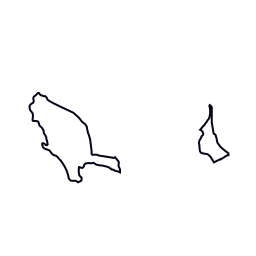 the district of Miri, Sarawak, Malaysia, rotated 144°
{"feature_id": "92858781B82463401188704", "entity_name": "Miri", "entity_type": "district", "adm_level": 2, "iso_a3": "MYS", "parent_name": "Malaysia", "parent_adm1": "Sarawak", "projection": "natural_earth1", "projection_center": [115.075, 3.792], "detail": "fine", "context": "isolated", "style": "outline", "palette": "ink", "viewbox_px": 256, "rotation_deg": 144, "n_neighbors": 0, "source": "geoboundaries", "source_scale": "gbopen_adm2", "svg_char_len": 3574}
<svg xmlns="http://www.w3.org/2000/svg" viewBox="0 0 256 256"><g transform="rotate(144 128 128)"><path d="M196.6,112.9L196.4,113.1L196.1,113.6L194.8,114.8L194.8,115.7L195.2,117.6L195.1,118.8L194.5,119.6L193.4,122.1L192.6,122.7L192.1,123.4L191.6,124.2L190.8,125.1L190.2,125.0L189.9,124.5L189.4,123.5L188.8,122.9L188.3,122.5L186.9,122.7L186.0,123.1L185.4,123.6L184.3,124.2L182.8,124.1L180.6,122.8L179.7,122.2L178.5,121.0L177.8,120.7L176.7,120.3L176.2,119.9L175.9,119.0L175.6,117.8L175.2,117.0L174.7,116.4L172.9,114.6L172.1,113.7L170.9,112.8L170.1,111.9L169.5,111.1L168.4,109.9L166.7,107.5L166.3,106.5L165.9,105.2L165.7,104.2L164.9,103.5L164.4,102.9L164.0,102.2L163.8,101.3L163.6,100.8L162.5,99.8L162.0,99.2L161.7,98.7L160.6,96.8L159.9,97.7L159.0,98.9L158.6,99.8L158.4,101.1L158.1,102.5L157.5,103.5L156.5,104.6L155.9,105.2L155.3,106.4L155.7,112.1L156.8,111.9L167.8,122.9L168.8,124.6L170.3,125.8L172.7,127.3L172.5,128.9L171.5,129.9L170.2,132.2L165.4,140.9L163.8,145.3L163.4,147.1L161.5,151.5L160.6,153.2L160.4,156.3L160.9,157.8L161.5,160.1L161.6,163.4L161.8,165.9L162.8,170.4L163.2,172.4L170.3,185.3L173.8,191.9L175.0,194.5L175.6,195.8L176.3,197.5L176.3,199.0L175.9,200.4L176.3,202.0L176.3,202.5L177.7,203.5L178.1,204.3L178.4,205.0L179.0,205.3L179.4,206.1L179.5,207.3L179.4,208.4L180.0,209.1L181.0,209.1L181.6,209.0L183.1,208.8L184.0,208.7L184.7,208.7L185.4,208.7L186.0,208.6L186.5,208.3L187.2,207.5L187.7,206.8L188.0,206.0L188.8,204.8L189.5,204.3L190.3,204.2L190.9,204.3L191.7,204.3L192.5,204.3L193.2,204.3L193.8,204.1L194.5,203.7L195.3,202.8L195.8,202.1L196.1,201.4L196.7,199.7L196.6,198.7L196.5,197.5L196.6,196.2L196.8,195.1L197.5,194.1L198.3,193.0L199.0,192.2L200.0,191.2L200.7,190.2L200.6,189.5L200.1,189.0L198.9,188.3L198.0,187.5L197.5,186.8L197.0,186.1L197.0,185.1L197.4,184.4L197.6,183.5L198.0,182.9L198.1,182.0L198.0,180.9L197.5,178.8L197.6,177.1L197.8,176.3L198.0,175.2L198.3,174.6L198.5,174.2L199.0,173.7L199.1,173.0L199.2,171.9L199.2,171.0L199.2,170.2L199.4,169.6L199.5,168.6L199.9,168.0L200.6,167.1L200.9,165.8L201.0,165.1L201.4,164.5L201.7,164.1L201.9,163.4L202.3,162.7L202.7,161.9L203.5,161.7L204.0,161.9L204.5,162.6L204.7,163.5L204.8,164.2L205.1,164.8L205.7,165.7L206.4,165.9L207.1,165.4L207.3,164.9L207.4,164.1L207.6,163.4L208.0,163.0L208.1,162.1L207.8,161.2L207.4,160.0L206.5,158.7L205.5,157.2L204.8,156.2L204.7,155.0L204.7,153.2L204.7,152.2L204.4,150.7L203.9,149.6L203.0,148.5L202.6,147.8L202.3,146.8L202.0,145.8L201.9,142.7L201.6,141.9L201.5,141.0L201.7,137.2L201.7,136.0L201.8,134.9L202.0,133.7L202.2,132.1L202.9,128.9L204.2,125.0L204.7,123.9L205.4,122.4L205.6,121.5L205.5,120.3L205.3,119.3L204.8,118.6L204.2,118.1L203.4,117.5L202.5,116.9L202.0,116.5L201.3,116.0L200.7,114.6L200.6,113.8L200.2,113.4L199.5,113.3L198.4,113.1L197.6,112.9L196.6,112.9ZM70.7,84.2L70.0,82.6L69.9,81.2L70.4,79.3L71.1,78.5L71.6,78.3L73.4,78.0L74.1,77.5L74.9,77.0L77.4,76.0L79.5,74.2L80.1,72.6L81.3,70.7L82.1,69.4L82.4,68.7L83.4,67.0L83.5,65.4L83.1,64.5L82.3,63.4L81.4,62.4L79.3,60.4L79.0,59.8L78.3,57.3L78.2,55.5L78.4,53.5L78.5,51.9L78.6,50.8L78.7,49.7L71.5,48.5L71.5,48.1L64.8,47.7L63.9,47.6L63.5,47.3L62.8,46.9L62.5,47.0L62.4,47.8L62.3,48.0L61.9,48.2L61.6,48.7L61.8,49.2L62.7,52.0L63.7,55.7L64.0,57.1L64.3,59.0L64.3,60.4L64.3,61.8L64.3,62.8L64.2,63.8L63.9,64.6L63.5,65.3L63.1,66.3L62.7,67.1L62.3,67.8L62.0,68.8L61.9,69.7L61.4,70.2L61.3,71.3L61.8,72.7L61.9,73.3L56.9,83.4L47.9,95.7L48.0,97.4L48.4,98.5L49.2,98.0L50.5,95.0L52.9,91.6L55.7,88.9L57.7,87.7L59.2,87.5L60.4,86.9L64.7,85.5L64.8,85.4L66.4,85.3L69.2,84.5L70.7,84.2Z" fill="none" stroke="#020617" stroke-width="2"/></g></svg>